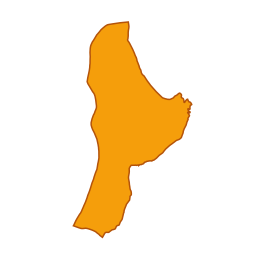 Si Chiang Mai, Nong Khai, Thailand, rotated 263°
{"feature_id": "78962969B28674959070038", "entity_name": "Si Chiang Mai", "entity_type": "district", "adm_level": 2, "iso_a3": "THA", "parent_name": "Thailand", "parent_adm1": "Nong Khai", "projection": "mercator", "projection_center": [102.502, 17.934], "detail": "fine", "context": "isolated", "style": "filled", "palette": "amber", "viewbox_px": 256, "rotation_deg": 263, "n_neighbors": 0, "source": "geoboundaries", "source_scale": "gbopen_adm2", "svg_char_len": 5345}
<svg xmlns="http://www.w3.org/2000/svg" viewBox="0 0 256 256"><g transform="rotate(263 128 128)"><path d="M129.2,188.7L129.6,188.6L130.0,188.6L130.3,188.7L131.3,189.4L132.3,190.2L132.7,190.5L132.9,190.5L133.2,190.5L133.3,190.5L133.4,190.4L133.8,190.1L134.8,189.7L135.8,189.2L136.0,189.1L136.3,189.3L136.4,189.5L135.6,190.3L135.5,190.5L135.5,190.8L135.5,191.0L135.7,191.3L135.8,191.4L135.9,191.5L136.1,191.5L136.4,191.5L136.7,191.4L136.8,191.3L136.9,191.1L137.0,190.8L137.0,190.6L137.2,190.4L137.8,190.2L138.6,189.8L139.1,189.7L139.3,189.7L139.5,189.7L139.6,189.8L139.7,190.0L139.7,190.4L139.7,190.5L139.2,191.0L139.0,191.3L139.0,191.5L139.4,191.9L139.6,191.9L139.9,191.9L140.3,191.9L140.6,191.9L141.3,192.1L142.1,192.3L142.6,192.5L142.8,192.6L143.0,192.8L143.1,193.1L143.2,193.7L143.3,193.9L143.4,194.0L143.5,194.1L143.8,194.1L145.4,193.4L145.8,193.1L146.0,192.9L146.2,192.7L146.4,191.9L146.5,191.8L146.6,191.7L147.7,191.2L148.2,190.9L149.0,190.8L149.3,190.7L149.3,190.3L149.2,190.0L149.1,189.8L148.9,189.5L148.7,189.3L148.1,188.7L146.8,187.6L146.7,187.5L146.5,187.3L146.5,187.2L146.6,186.9L146.9,186.7L147.1,186.7L147.3,186.7L147.6,186.8L148.2,186.8L148.5,186.8L149.1,186.7L149.7,186.6L150.1,186.5L150.4,186.4L150.6,186.2L151.0,185.7L151.6,184.9L151.8,184.8L151.9,184.7L152.3,184.7L152.6,184.7L152.9,184.8L153.6,185.0L154.0,185.1L154.4,185.1L154.6,185.0L155.0,184.9L155.2,184.7L155.4,184.6L155.9,184.1L156.1,184.0L156.2,183.7L156.3,183.6L156.3,183.4L156.3,183.2L156.2,182.9L156.0,182.5L155.6,181.8L154.9,180.8L154.7,180.4L154.4,179.7L154.1,178.8L153.8,178.2L153.5,177.8L152.6,177.0L152.5,176.8L152.2,176.2L151.7,174.6L151.5,174.0L151.4,173.7L151.3,173.2L151.3,172.8L151.4,172.2L151.6,171.0L151.6,170.9L151.7,170.6L151.8,170.3L151.9,170.2L152.5,168.5L153.1,167.3L153.6,166.3L153.8,165.9L154.4,165.4L157.6,162.8L160.6,160.4L167.6,155.6L169.4,154.6L172.5,152.8L175.8,151.2L177.5,150.4L178.1,149.9L178.9,149.1L179.6,148.6L180.2,148.4L181.2,148.0L181.8,147.9L182.6,147.9L183.3,147.8L184.1,147.7L184.9,147.3L185.9,146.9L186.8,146.7L188.4,146.5L189.9,146.1L191.6,145.7L193.4,145.2L194.0,145.1L194.7,145.1L195.7,145.0L196.8,144.8L198.5,144.2L199.4,143.9L201.2,143.5L205.6,142.2L211.3,140.1L213.2,139.3L214.2,138.7L215.2,138.3L215.5,138.3L216.7,138.8L218.0,139.1L218.8,139.3L219.9,139.5L222.6,139.8L224.9,140.3L227.2,141.0L228.8,141.3L230.6,141.3L233.2,141.2L233.4,133.0L233.2,125.0L233.1,122.2L233.0,120.7L232.9,120.1L232.5,119.1L231.8,117.7L230.4,115.5L228.8,113.2L226.8,111.2L224.1,108.2L223.0,107.4L219.4,104.6L217.7,103.1L215.3,101.6L213.9,100.9L211.9,100.3L209.8,99.9L207.5,99.5L203.4,99.2L201.0,98.8L196.7,98.2L194.6,97.7L192.8,97.4L189.8,96.6L187.7,95.9L182.8,94.2L178.9,93.1L176.6,93.7L174.4,94.7L172.3,95.6L168.4,97.3L166.5,98.4L165.6,98.7L163.8,99.1L163.0,99.2L159.7,99.4L156.0,99.4L153.9,99.4L152.3,99.2L151.4,98.9L150.4,98.4L149.2,97.7L148.1,97.1L146.8,96.5L145.9,95.9L145.1,95.3L141.6,93.5L137.9,92.1L136.5,91.9L135.5,91.8L133.3,92.1L130.8,92.7L127.3,94.0L123.3,95.1L120.7,95.8L117.4,96.1L115.1,96.3L112.3,96.4L110.7,96.3L108.7,96.3L101.8,95.5L98.1,94.4L96.2,93.7L93.7,93.0L90.7,92.1L88.6,90.9L87.1,90.1L85.6,89.4L83.5,88.4L81.3,87.5L79.8,86.7L78.0,85.7L75.8,84.7L73.7,83.8L70.9,82.5L68.2,81.1L66.1,79.9L63.8,78.9L59.9,76.9L58.5,76.1L56.4,74.8L54.6,73.8L52.8,72.7L51.3,71.9L49.4,70.6L48.2,69.4L45.9,67.6L44.5,66.5L42.3,64.9L38.4,62.5L37.6,61.9L35.0,67.0L34.1,69.0L33.8,70.1L33.7,71.3L33.7,72.7L33.7,73.7L33.5,74.5L33.2,75.4L32.8,76.4L32.0,78.1L31.3,79.5L30.4,81.1L29.3,82.8L29.0,83.2L27.5,84.6L26.0,86.2L24.8,87.0L22.6,89.3L23.9,90.3L25.3,91.3L26.4,92.2L26.7,92.5L26.9,92.8L27.0,93.0L27.1,93.9L26.8,95.5L26.8,96.2L26.9,96.4L27.5,97.3L28.6,99.3L28.9,100.0L29.0,101.3L29.2,102.2L29.4,102.8L29.6,103.2L30.0,103.4L31.2,104.1L31.5,104.3L32.0,104.7L32.5,105.6L32.6,106.7L32.7,107.0L32.8,107.3L33.0,107.5L35.5,108.8L37.8,110.8L38.5,111.2L40.2,111.8L44.2,113.3L44.4,113.4L44.8,113.7L45.2,113.8L46.3,114.0L48.1,114.8L49.7,115.7L51.5,116.7L52.4,117.1L52.5,117.2L55.8,120.3L56.3,120.8L56.6,120.9L57.2,121.0L57.9,121.2L58.4,121.4L59.8,121.6L60.1,121.8L60.9,122.7L61.3,123.1L61.6,123.2L62.2,123.3L63.8,123.4L65.0,123.3L66.0,122.9L66.9,122.7L67.6,122.6L68.4,122.6L69.5,122.6L71.8,122.5L73.8,122.6L75.6,122.5L77.2,122.4L78.5,122.4L79.7,122.6L83.0,123.6L83.8,123.8L84.8,124.0L87.2,124.2L87.6,124.3L87.8,124.3L89.0,125.1L89.2,125.3L90.1,126.1L90.3,126.3L90.6,126.6L90.2,130.1L90.2,131.2L90.1,131.4L90.0,131.5L89.9,131.7L90.0,133.3L90.0,133.6L90.0,133.8L89.8,133.9L89.5,134.0L89.4,134.0L89.6,134.4L90.1,135.0L90.2,135.3L90.1,136.1L90.1,137.0L90.3,137.3L90.4,137.6L90.4,137.9L90.6,138.8L90.7,139.1L90.8,139.2L91.2,139.4L91.3,139.6L91.4,139.8L91.5,139.9L91.6,140.0L91.8,140.1L92.0,140.4L92.1,141.3L92.1,141.5L92.6,142.6L92.6,143.4L92.6,143.8L92.7,144.2L92.7,144.4L92.7,144.5L92.7,145.3L92.7,145.6L92.8,145.7L92.8,145.8L92.7,146.0L92.6,146.7L92.4,147.3L92.4,147.5L92.4,147.8L92.8,148.1L92.9,149.2L93.0,149.7L93.2,150.2L93.4,150.5L94.6,152.6L96.3,154.7L97.1,155.7L97.8,157.0L98.6,158.5L99.2,159.5L101.0,161.2L102.6,162.9L103.9,164.8L105.1,166.5L106.0,167.9L107.0,169.8L108.5,172.4L109.5,174.0L109.9,175.0L110.1,176.0L110.4,177.2L110.7,177.9L111.3,178.9L111.8,179.5L112.4,180.0L113.7,180.6L116.3,182.0L118.0,182.5L118.7,182.8L120.4,183.7L122.0,184.8L123.6,185.9L124.9,186.5L126.5,187.1L129.2,188.7Z" fill="#f59e0b" stroke="#b45309" stroke-width="1.5"/></g></svg>